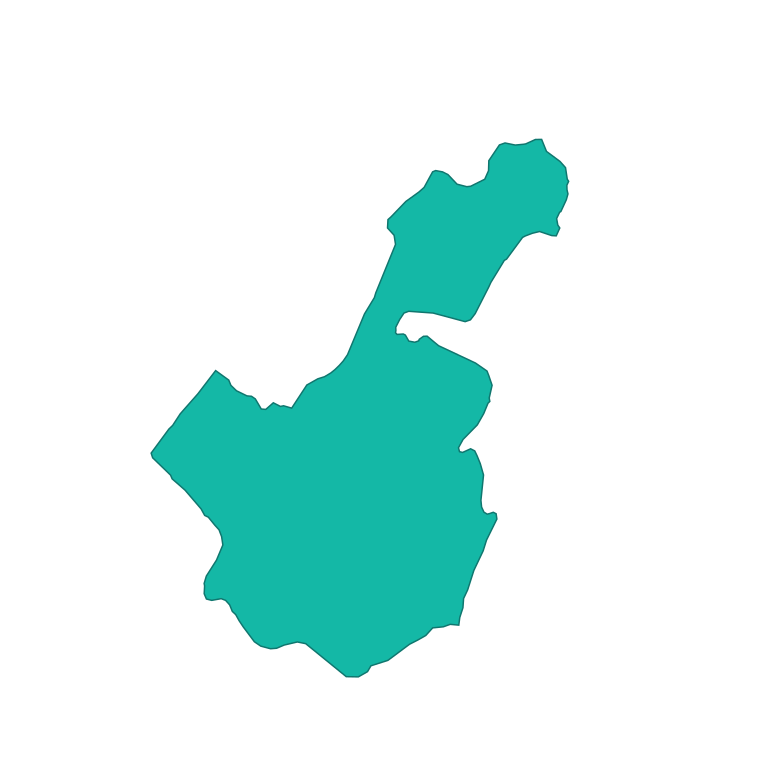 Nueva Santa Rosa, Santa Rosa, Guatemala (Robinson projection), rotated 27°
{"feature_id": "79465075B8683235112277", "entity_name": "Nueva Santa Rosa", "entity_type": "district", "adm_level": 2, "iso_a3": "GTM", "parent_name": "Guatemala", "parent_adm1": "Santa Rosa", "projection": "robinson", "projection_center": [-90.272, 14.39], "detail": "fine", "context": "isolated", "style": "filled", "palette": "teal", "viewbox_px": 768, "rotation_deg": 27, "n_neighbors": 0, "source": "geoboundaries", "source_scale": "gbopen_adm2", "svg_char_len": 2304}
<svg xmlns="http://www.w3.org/2000/svg" viewBox="0 0 768 768"><g transform="rotate(27 384 384)"><path d="M283.9,582.5L287.9,582.4L297.4,586.6L303.2,588.8L308.6,593.7L313.5,600.6L314.7,616.9L312.9,635.8L314.3,643.4L315.8,645.3L318.2,650.7L319.0,652.5L323.4,656.2L328.7,655.0L336.4,649.2L341.1,648.7L346.8,650.9L352.1,655.5L356.6,656.8L362.4,660.7L369.0,664.4L385.5,672.5L393.2,673.5L403.1,671.4L408.3,668.2L413.6,661.9L423.9,653.2L432.1,650.9L468.4,658.7L483.2,661.9L494.1,656.6L499.9,647.8L500.3,641.0L513.0,628.4L524.9,604.3L530.4,596.7L535.4,589.1L538.1,579.2L547.1,573.4L552.1,568.1L560.1,564.9L557.5,557.6L555.9,547.5L552.3,539.0L552.0,529.5L548.7,509.3L548.1,487.6L546.2,476.5L545.9,453.1L542.8,448.7L539.6,448.7L536.9,451.5L535.1,453.1L531.2,452.8L526.8,449.3L523.2,443.7L514.0,419.9L505.9,411.2L499.4,405.6L495.2,402.4L490.6,402.4L485.1,409.3L482.0,410.0L479.3,407.0L479.6,397.5L485.7,378.1L486.3,365.1L485.4,353.9L486.2,351.5L484.1,348.7L480.9,336.1L473.5,328.9L469.9,325.7L456.0,323.8L415.2,325.1L400.7,321.8L397.5,323.6L395.1,328.2L395.3,329.8L392.5,332.8L386.6,334.5L380.8,330.7L378.5,330.7L373.1,333.9L371.0,333.1L370.3,330.9L368.7,328.1L368.7,319.4L369.6,311.7L373.0,308.0L395.5,298.5L428.0,291.6L431.9,287.6L433.3,279.9L433.3,249.9L433.1,245.0L435.1,219.2L436.5,217.1L440.9,190.5L442.8,187.8L447.8,182.3L453.4,177.5L466.1,175.6L470.2,173.8L469.8,165.2L466.7,163.5L462.7,158.2L462.5,151.3L463.3,150.0L462.8,137.0L461.6,131.1L458.9,127.9L456.7,123.9L456.5,119.6L454.3,118.3L447.5,108.8L439.8,105.8L423.2,103.0L413.4,94.5L407.9,97.4L401.3,105.7L399.7,106.9L392.5,111.5L382.4,114.3L378.3,118.6L376.0,137.4L380.3,146.5L380.8,155.8L371.5,168.4L368.2,170.6L358.4,172.8L346.0,168.4L339.9,168.4L333.1,170.4L331.0,172.9L330.5,190.6L327.9,197.2L320.6,211.4L314.4,231.8L312.9,235.7L316.3,243.4L325.5,246.9L330.9,254.4L335.3,306.5L336.2,311.4L334.8,330.4L338.2,374.5L337.2,382.1L335.7,387.8L333.7,393.6L331.6,398.3L327.7,404.5L322.7,409.4L315.7,419.9L312.7,447.4L304.4,449.0L301.9,451.0L293.9,451.0L290.2,460.3L286.0,462.0L276.1,455.7L271.5,455.1L267.3,456.8L255.6,457.0L248.2,454.7L243.9,451.0L227.9,448.5L222.6,477.3L216.0,503.0L214.5,516.8L212.8,521.7L207.9,551.3L211.4,554.8L235.2,562.1L238.3,564.7L254.9,568.9L277.7,578.3L283.9,582.5Z" fill="#14b8a6" stroke="#0f766e" stroke-width="1.5"/></g></svg>